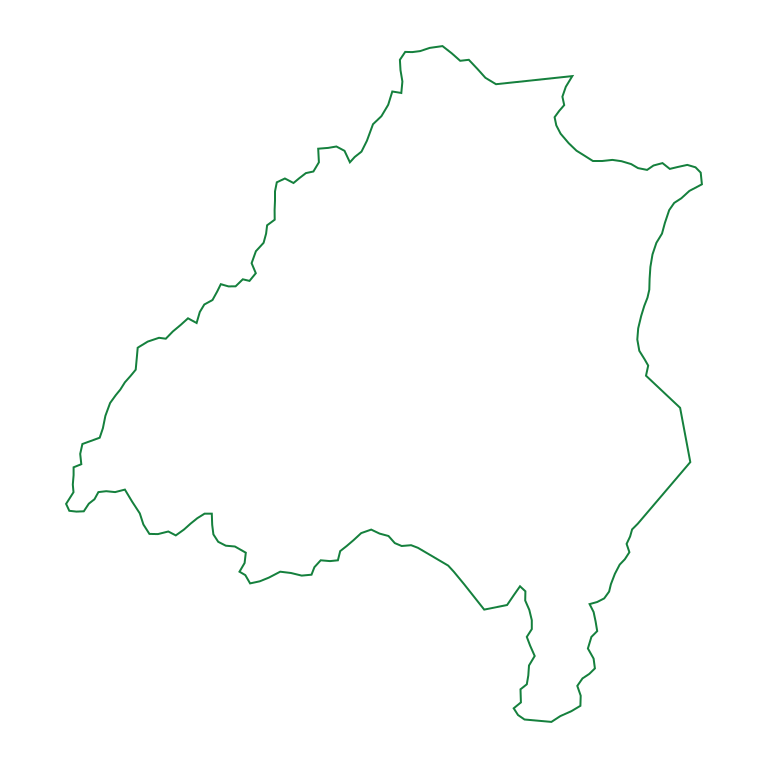 Presidente Tancredo Neves, Bahia, Brazil (Natural Earth projection)
{"feature_id": "56859067B22769757743228", "entity_name": "Presidente Tancredo Neves", "entity_type": "district", "adm_level": 2, "iso_a3": "BRA", "parent_name": "Brazil", "parent_adm1": "Bahia", "projection": "natural_earth1", "projection_center": [-39.429, -13.456], "detail": "fine", "context": "isolated", "style": "outline", "palette": "green", "viewbox_px": 768, "rotation_deg": 0, "n_neighbors": 0, "source": "geoboundaries", "source_scale": "gbopen_adm2", "svg_char_len": 2864}
<svg xmlns="http://www.w3.org/2000/svg" viewBox="0 0 768 768"><path d="M82.4,444.0L80.2,453.9L81.3,464.2L73.6,467.3L73.6,475.1L72.8,484.6L73.5,492.2L66.1,503.9L69.3,510.8L76.4,511.6L83.8,511.3L88.8,503.7L94.5,499.2L98.4,492.1L106.2,491.2L115.1,492.1L124.9,489.6L132.1,501.6L139.8,513.4L143.4,524.5L149.4,533.9L157.9,534.1L168.3,531.5L175.8,535.4L183.9,529.6L190.5,523.7L197.3,518.2L204.5,513.7L211.8,513.7L212.2,524.9L213.4,534.4L218.2,541.8L225.8,545.7L234.9,546.5L245.8,552.7L244.6,563.0L239.5,571.7L245.3,575.1L250.1,583.4L259.8,581.3L268.9,577.6L280.2,571.7L291.0,573.0L301.7,575.6L311.5,574.7L314.4,567.2L320.7,560.3L330.0,561.1L337.9,560.3L340.2,551.1L346.7,546.0L353.5,540.2L361.2,533.1L371.2,529.6L379.6,533.6L388.5,536.0L394.8,543.1L401.7,546.0L411.1,545.2L417.9,547.8L448.2,565.6L453.8,571.7L464.1,584.2L484.2,609.6L507.1,605.0L513.7,595.3L520.0,586.3L525.4,591.3L525.2,600.5L529.3,609.9L531.8,620.2L531.8,629.1L526.8,636.9L530.1,645.6L534.7,656.0L529.0,665.5L528.3,675.5L526.8,684.3L520.5,689.3L520.9,702.4L513.7,708.3L518.0,715.0L524.5,719.5L551.4,721.9L560.3,716.1L571.5,711.1L580.4,705.8L580.7,695.7L577.3,685.9L582.5,678.4L589.3,673.9L594.9,668.4L593.6,658.6L587.9,648.5L591.4,636.9L597.2,631.1L595.6,621.5L593.6,612.0L589.6,604.1L597.2,602.0L604.2,598.4L609.1,591.6L610.9,584.2L614.9,573.8L619.7,564.6L624.8,559.3L629.4,552.2L626.6,543.9L630.1,536.5L632.1,529.4L637.8,523.7L690.3,462.1L680.1,407.8L646.0,375.7L648.2,365.6L644.6,359.3L639.3,350.8L637.3,339.5L638.2,328.3L641.2,315.9L644.3,305.8L647.5,297.6L649.3,289.7L649.6,278.8L650.4,266.9L652.5,254.4L656.4,242.8L662.0,233.6L664.9,222.9L669.2,210.1L674.2,202.9L681.3,198.3L689.4,190.9L701.9,184.3L700.7,172.6L695.5,167.3L687.3,164.9L677.7,167.0L669.8,168.9L662.5,163.1L653.5,165.5L647.1,169.9L638.0,168.1L631.2,164.1L621.5,161.2L612.4,159.9L602.2,161.0L592.9,161.0L583.9,155.3L576.5,150.7L568.7,143.2L560.6,133.7L556.3,125.4L554.6,117.2L559.2,110.9L564.2,105.1L562.4,96.7L565.8,86.8L572.3,76.1L496.0,84.2L485.4,77.8L477.5,69.0L468.8,59.8L460.2,60.8L451.6,53.2L442.5,46.1L429.7,47.9L420.1,51.1L412.2,52.1L405.2,51.9L399.9,59.8L400.5,70.2L402.4,81.5L401.3,93.0L392.3,91.5L388.2,104.8L381.4,116.2L373.0,124.2L366.9,140.8L361.5,151.6L354.7,157.0L349.9,162.3L344.5,150.8L336.4,146.5L328.2,147.9L318.2,148.7L318.9,162.3L313.4,171.5L305.9,173.1L299.4,178.1L293.5,183.0L284.9,178.5L276.8,182.3L275.0,191.4L275.0,200.4L274.6,210.1L274.7,219.7L267.1,225.3L266.1,233.6L263.6,242.8L255.9,251.2L251.6,263.2L255.8,273.2L249.5,280.9L242.8,279.3L235.6,286.3L228.5,286.4L220.8,284.2L217.2,291.5L212.5,300.0L204.3,304.5L199.8,312.0L196.6,323.0L188.0,318.3L180.7,324.9L172.8,331.5L165.8,338.7L159.0,337.8L147.7,341.6L137.7,347.7L137.0,355.6L135.7,369.7L130.5,376.0L124.9,382.3L120.3,389.6L115.8,395.1L110.1,403.0L105.4,415.8L102.9,428.2L99.7,437.7L82.4,444.0Z" fill="none" stroke="#15803d" stroke-width="2"/></svg>